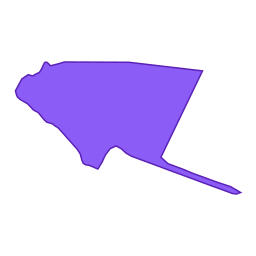 SVG path tracing the border of Rivas
{"feature_id": "NIC-24", "entity_name": "Rivas", "entity_type": "Department", "adm_level": 1, "iso_a3": "NIC", "parent_name": "Nicaragua", "parent_adm1": "", "projection": "albers", "projection_center": [-85.754, 11.311], "detail": "fine", "context": "isolated", "style": "filled", "palette": "violet", "viewbox_px": 256, "rotation_deg": 0, "n_neighbors": 0, "source": "natural_earth", "source_scale": "10m", "svg_char_len": 853}
<svg xmlns="http://www.w3.org/2000/svg" viewBox="0 0 256 256"><path d="M179.2,173.9L172.9,171.6L149.3,162.8L131.6,156.3L126.0,153.1L121.1,148.6L116.1,146.0L110.3,148.5L105.3,155.1L102.1,162.1L97.9,169.0L89.1,165.3L85.7,164.8L83.3,163.4L81.9,160.3L80.2,153.8L77.1,149.1L58.4,128.1L56.9,127.0L56.1,126.6L53.4,124.7L52.8,123.9L46.8,122.2L44.1,119.7L38.2,112.5L33.6,110.1L27.6,103.8L20.0,99.4L17.5,97.1L16.8,95.7L15.4,90.9L20.4,81.6L21.6,79.4L22.1,78.7L28.2,74.7L32.3,75.8L33.6,75.6L34.2,74.9L39.1,72.5L39.7,72.0L41.6,68.9L44.3,63.0L44.9,62.5L45.3,62.2L45.8,62.2L46.1,62.2L47.0,62.4L47.7,62.9L48.4,63.6L50.1,65.4L50.9,65.7L58.7,63.7L64.3,62.0L129.1,62.3L202.5,70.9L160.9,157.2L168.0,163.7L183.7,169.5L192.2,173.1L215.7,181.7L230.7,186.7L240.6,192.5L236.5,194.0L232.5,193.5L204.3,183.2L179.2,173.9Z" fill="#8b5cf6" stroke="#5b21b6" stroke-width="1.5"/></svg>